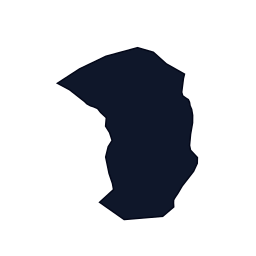 map outline of Prevalje (Robinson projection), rotated 36°
{"feature_id": "SVN-233", "entity_name": "Prevalje", "entity_type": "Municipality", "adm_level": 1, "iso_a3": "SVN", "parent_name": "Slovenia", "parent_adm1": "", "projection": "robinson", "projection_center": [14.895, 46.555], "detail": "fine", "context": "isolated", "style": "filled", "palette": "ink", "viewbox_px": 256, "rotation_deg": 36, "n_neighbors": 0, "source": "natural_earth", "source_scale": "10m", "svg_char_len": 730}
<svg xmlns="http://www.w3.org/2000/svg" viewBox="0 0 256 256"><g transform="rotate(36 128 128)"><path d="M121.2,53.6L142.0,51.2L143.7,55.3L150.4,67.5L153.3,69.8L157.1,69.8L160.1,69.6L162.6,71.0L165.1,73.5L168.5,75.5L172.8,79.7L177.2,85.9L182.2,96.1L188.0,105.9L191.6,109.2L201.5,111.1L204.8,115.9L206.5,124.5L205.9,143.0L206.7,151.3L206.9,156.8L207.2,159.4L208.8,161.8L211.4,165.0L208.0,179.0L178.7,204.3L148.7,204.8L152.5,186.3L148.0,182.0L139.4,175.9L127.0,164.6L123.0,154.8L122.5,147.4L115.8,142.5L108.8,139.7L104.4,132.4L96.8,131.5L91.9,130.1L87.5,131.1L84.5,132.1L80.5,132.6L77.3,132.1L58.2,131.4L44.6,133.3L54.1,108.6L68.0,82.9L88.5,57.4L104.0,51.8L121.2,53.6Z" fill="#0f172a" stroke="#020617" stroke-width="1.5"/></g></svg>